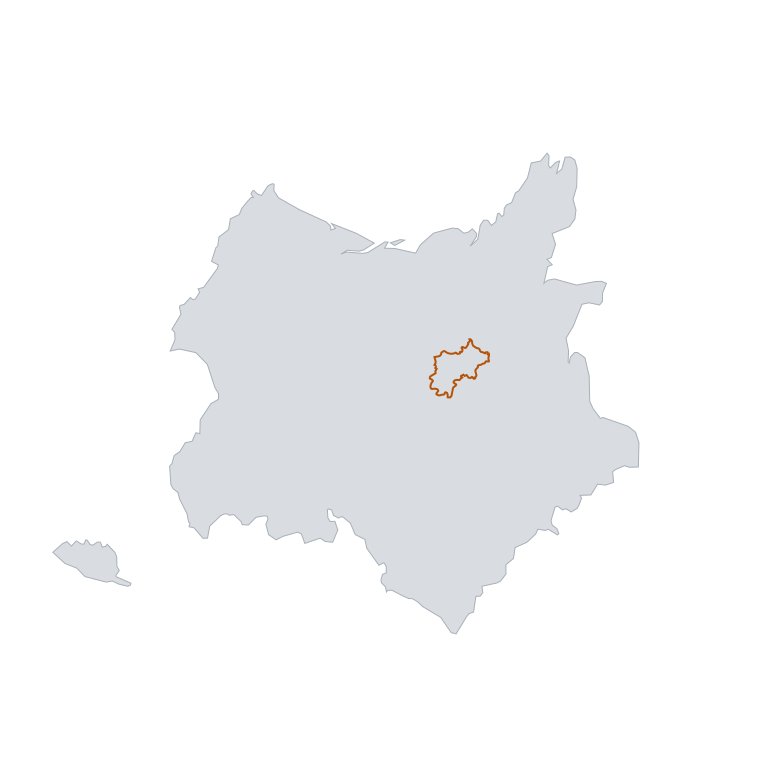 location of Loir-et-Cher within France, rotated 107°
{"feature_id": "FRA-5314", "entity_name": "Loir-et-Cher", "entity_type": "Metropolitan department", "adm_level": 1, "iso_a3": "FRA", "parent_name": "France", "parent_adm1": "", "projection": "mercator", "projection_center": [1.32, 47.658], "detail": "fine", "context": "in_parent", "style": "outline", "palette": "amber", "viewbox_px": 768, "rotation_deg": 107, "n_neighbors": 0, "source": "natural_earth", "source_scale": "10m", "svg_char_len": 6434}
<svg xmlns="http://www.w3.org/2000/svg" viewBox="0 0 768 768"><g transform="rotate(107 384 384)"><path d="M582.2,320.8L577.6,323.3L574.7,328.5L571.8,329.7L566.5,329.8L564.0,326.6L557.6,328.6L555.0,331.9L558.8,335.9L546.1,352.5L538.2,356.8L536.4,367.5L526.9,375.5L523.4,383.9L523.1,385.6L525.5,388.3L524.5,393.8L519.7,397.3L519.8,400.8L521.1,401.3L528.4,398.5L531.2,395.3L529.7,390.8L537.1,385.5L550.3,386.8L551.8,394.0L550.1,400.0L559.6,413.1L551.4,419.2L550.9,423.2L559.3,436.2L564.6,441.6L561.8,450.3L552.8,455.9L547.1,455.5L544.7,456.9L544.9,459.6L548.9,467.4L558.5,472.5L560.0,478.4L557.3,480.5L552.8,489.4L554.8,493.8L554.0,495.7L555.0,498.7L557.5,501.6L570.9,509.1L583.0,507.7L584.5,512.0L577.1,523.5L577.5,528.7L573.8,528.8L573.1,530.5L565.7,534.4L553.7,545.9L548.0,549.3L545.8,555.1L542.5,558.4L525.2,565.0L522.0,563.5L513.6,563.7L508.4,559.5L498.3,556.9L495.0,550.8L485.7,549.7L485.2,545.6L472.0,549.3L453.5,543.8L446.9,537.8L441.6,539.4L436.8,544.7L416.8,558.7L409.0,573.1L410.4,589.9L415.0,598.1L402.9,596.8L395.7,599.3L393.8,602.8L376.6,598.6L370.3,602.1L368.5,601.9L366.3,598.4L357.9,594.4L359.2,591.7L358.0,589.2L350.1,587.2L347.3,589.6L344.4,584.8L322.2,577.1L318.6,577.3L317.1,584.8L302.8,584.6L300.8,583.3L291.6,584.8L281.8,577.8L270.9,579.2L264.2,571.9L257.7,571.4L248.5,567.6L244.4,565.6L243.8,563.5L241.1,566.8L237.7,566.1L237.0,565.0L239.2,561.0L239.6,556.3L228.1,552.8L225.1,549.3L225.1,547.5L231.2,545.9L236.8,539.4L242.1,515.4L245.9,486.7L248.7,481.3L252.3,479.8L249.4,475.9L245.9,481.0L248.0,454.5L252.1,434.5L261.8,442.7L264.1,446.3L266.9,458.2L272.3,463.2L268.8,458.4L265.3,442.5L263.1,438.0L247.8,424.6L247.2,421.6L254.0,423.2L251.2,413.1L249.6,392.0L240.3,389.9L225.3,380.8L215.0,364.5L213.8,358.4L216.5,351.8L214.1,347.7L209.8,344.9L213.1,339.3L216.2,338.7L227.0,341.9L218.2,336.6L203.9,338.4L198.2,336.5L197.1,332.6L201.0,327.6L196.2,324.5L188.0,325.2L187.0,323.9L189.4,320.3L187.4,318.9L180.7,320.3L176.9,319.2L173.3,315.0L162.5,314.1L160.0,311.7L145.1,307.0L129.5,307.8L125.1,299.5L115.6,295.5L117.5,292.9L127.0,290.4L128.8,288.1L121.9,284.7L119.4,281.3L132.2,280.5L126.4,276.8L114.1,277.1L112.4,272.1L114.0,267.0L121.2,262.4L139.1,257.4L152.2,257.2L161.4,251.3L170.5,249.7L179.2,252.6L191.0,267.2L200.3,260.8L214.2,260.9L217.1,264.6L220.8,258.0L223.9,261.8L240.9,260.5L237.0,257.9L233.7,251.7L233.1,228.8L224.3,212.0L222.2,205.9L222.7,200.7L232.9,201.6L241.3,199.3L245.4,200.9L246.4,211.7L249.9,218.0L273.4,219.9L286.9,223.3L298.3,217.2L309.0,214.4L309.8,213.0L303.7,213.6L298.1,210.9L297.3,208.1L300.2,199.5L316.5,190.1L340.4,182.2L346.5,176.8L353.6,167.1L352.0,164.6L353.1,138.1L356.6,129.3L365.7,123.0L389.0,116.5L391.9,125.1L391.7,129.9L397.9,137.4L400.9,139.7L411.0,135.7L415.9,142.6L417.4,150.5L429.6,153.7L433.2,163.9L435.4,161.7L443.0,162.2L446.6,163.0L451.6,167.5L450.1,173.6L452.2,176.5L450.1,182.1L451.6,184.4L465.6,184.4L469.8,181.9L471.8,176.3L476.0,173.0L477.6,174.0L474.9,184.4L476.9,187.1L477.9,194.5L483.2,195.1L493.5,201.0L502.1,210.8L512.9,209.2L521.3,214.6L530.0,211.8L538.2,214.8L541.1,217.6L548.8,231.2L554.7,228.5L558.8,230.1L560.2,234.0L575.9,231.7L578.7,235.5L582.0,236.9L601.9,242.0L602.1,247.1L590.6,261.5L585.6,281.8L582.2,288.9L581.0,294.1L581.9,297.6L581.3,303.1L578.9,316.2L580.2,320.0L582.2,320.8ZM652.9,578.8L651.9,586.4L654.7,591.9L655.6,613.6L649.9,624.0L648.9,636.6L641.8,651.5L630.7,644.8L627.4,641.2L630.4,635.5L624.0,632.4L625.5,626.8L624.8,624.0L620.3,623.7L620.1,622.3L623.4,618.0L623.3,615.3L619.0,612.0L618.2,609.0L622.4,605.7L620.5,602.6L618.2,601.9L623.8,592.0L627.7,589.0L636.3,586.2L639.9,582.6L645.6,584.5L646.6,583.6L648.5,567.8L650.4,567.6L652.3,569.7L652.9,578.8ZM248.4,414.3L247.1,419.1L241.2,410.8L240.4,406.3L248.4,414.3Z" fill="#d9dde1" stroke="#a8b0b8" stroke-width="1"/><path d="M362.9,341.7L358.6,337.8L356.6,338.7L356.1,338.6L355.3,338.3L354.0,338.1L353.9,338.4L353.7,339.2L353.6,339.6L352.8,339.4L351.9,339.6L351.2,340.2L351.0,341.3L349.0,340.8L347.2,341.3L343.5,343.6L341.4,339.6L340.2,338.4L338.6,338.1L337.3,338.3L336.9,338.1L335.6,337.0L335.1,336.5L334.8,335.7L335.6,333.2L335.8,331.2L335.6,329.2L335.1,327.6L333.9,325.4L333.3,325.0L333.1,324.7L333.1,324.1L333.2,323.7L333.6,323.1L333.7,322.7L333.6,322.2L333.5,321.8L332.5,320.3L332.3,320.2L331.9,320.3L331.5,320.6L331.2,320.7L330.8,320.3L330.7,319.5L330.6,319.1L330.4,318.9L330.2,318.8L329.7,318.7L328.5,318.9L327.9,319.2L327.1,320.2L326.7,320.4L326.3,320.4L325.9,320.1L325.6,319.6L325.7,319.0L325.9,317.7L325.8,316.9L325.4,316.3L325.0,316.1L321.3,315.1L320.9,315.1L320.3,315.6L319.9,315.6L318.1,314.5L317.6,314.4L317.1,314.5L316.7,314.9L316.3,315.3L316.0,314.6L316.4,313.4L317.3,312.5L318.1,312.0L318.5,311.9L319.4,311.5L320.5,310.7L321.0,310.3L321.4,309.8L322.4,306.7L322.4,306.3L322.5,305.9L322.4,305.4L322.4,305.0L322.4,304.6L322.4,304.1L322.5,303.6L322.7,303.0L323.2,302.6L323.7,302.2L324.6,301.4L324.9,300.8L325.0,300.3L324.8,299.6L324.8,299.0L324.8,298.3L325.1,297.1L325.2,296.5L325.0,296.2L324.3,296.2L324.1,296.1L323.9,295.8L323.8,295.5L323.6,295.1L323.4,294.7L323.4,294.2L323.7,293.9L324.0,293.8L324.8,293.8L325.1,293.7L325.5,293.4L325.5,293.1L325.3,292.9L325.0,292.7L324.7,292.4L326.1,291.9L328.5,291.8L329.8,291.3L330.8,290.6L331.3,290.3L331.8,290.4L332.1,291.0L332.3,292.5L332.5,293.1L333.0,293.4L334.3,293.6L334.8,293.9L335.7,295.4L337.3,297.0L338.4,299.0L338.9,299.5L339.1,299.6L340.0,299.2L340.7,299.2L343.4,300.5L344.3,300.5L345.2,300.3L348.2,298.4L348.9,298.1L349.7,298.2L350.8,298.8L350.8,298.6L351.6,298.5L352.0,298.5L352.4,298.9L352.7,299.7L352.5,300.3L351.6,301.3L351.5,302.0L351.9,302.3L352.6,302.7L353.1,303.2L353.1,305.4L352.0,306.6L351.3,307.6L352.7,309.3L352.5,309.6L352.1,310.5L351.9,310.8L353.8,312.7L354.3,312.6L354.5,312.3L355.0,311.1L356.4,312.2L357.9,312.8L358.3,313.3L358.9,316.1L359.8,317.3L361.0,318.0L362.2,317.9L362.9,316.5L363.1,315.3L363.3,314.9L363.8,314.7L364.8,315.1L366.8,316.6L367.9,316.8L375.6,316.0L377.5,316.8L378.1,319.2L375.2,320.2L374.1,321.1L373.9,322.7L374.4,323.2L376.0,323.2L376.6,323.7L377.5,325.9L378.4,327.0L378.7,327.7L378.8,328.5L378.9,329.4L378.3,331.0L377.3,331.0L374.8,330.1L374.3,330.3L373.9,330.7L373.6,331.3L373.4,332.1L373.5,333.0L373.6,333.9L374.7,336.7L374.7,337.4L374.3,338.0L372.9,338.9L371.0,339.1L369.1,338.9L367.1,338.1L366.8,338.1L365.8,339.4L365.7,339.7L365.6,340.2L365.7,340.9L365.6,341.2L365.4,341.5L364.9,342.0L364.2,342.1L363.5,342.0L362.9,341.7Z" fill="none" stroke="#b45309" stroke-width="2"/></g></svg>